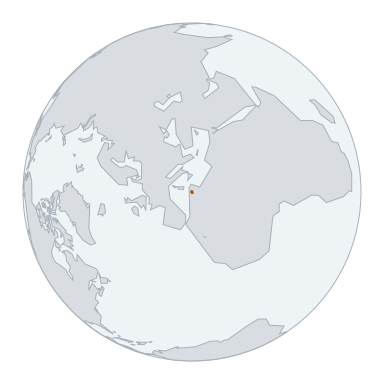 globe centered on Souk Ahras, rotated 279°
{"feature_id": "DZA-2222", "entity_name": "Souk Ahras", "entity_type": "Province", "adm_level": 1, "iso_a3": "DZA", "parent_name": "Algeria", "parent_adm1": "", "projection": "orthographic", "projection_center": [7.905, 36.161], "detail": "fine", "context": "on_globe", "style": "filled", "palette": "amber", "viewbox_px": 384, "rotation_deg": 279, "n_neighbors": 0, "source": "natural_earth", "source_scale": "10m", "svg_char_len": 10292}
<svg xmlns="http://www.w3.org/2000/svg" viewBox="0 0 384 384"><g transform="rotate(279 192 192)"><circle cx="192" cy="192" r="169" fill="#eef3f6" stroke="#a8b0b8"/><path d="M100.3,50.1L109.1,45.3L104.5,48.0L108.0,46.4L113.9,43.1L117.0,41.5L137.0,34.7L157.3,28.9L161.8,27.0L162.3,27.8L169.7,24.7L179.5,23.5L169.5,25.1L169.3,25.5L176.6,24.4L177.9,24.7L182.2,24.5L183.2,25.1L177.3,26.4L177.9,26.9L182.9,26.3L187.2,26.7L179.6,27.6L186.2,28.6L177.6,32.0L156.6,35.5L152.8,39.5L134.0,48.8L136.8,49.0L131.4,53.3L132.6,55.2L128.7,56.8L133.0,57.1L136.3,55.3L139.2,54.9L140.2,56.1L135.5,58.1L134.3,57.9L133.5,59.1L130.7,59.7L132.6,60.1L126.8,62.7L134.0,61.9L130.5,65.5L126.3,66.8L124.9,64.3L111.7,62.6L106.9,63.9L101.6,67.9L95.4,79.9L91.0,82.6L86.2,88.1L89.5,87.4L94.4,83.0L99.3,83.5L104.7,78.5L107.4,78.2L113.7,74.4L114.6,77.7L112.2,83.1L107.0,86.5L105.8,89.2L112.3,88.3L104.2,97.6L101.4,109.1L99.1,111.5L91.9,111.1L87.9,104.4L78.5,105.5L86.5,107.8L80.6,114.4L80.5,116.9L81.9,118.5L84.9,117.2L83.2,120.3L74.7,118.8L76.0,116.0L78.7,116.3L76.9,113.5L71.1,113.3L68.5,117.0L62.5,114.0L60.6,116.8L58.2,118.0L61.6,113.6L55.4,121.7L47.9,122.0L39.2,136.6L45.6,121.5L46.7,116.5L47.2,112.2L45.7,114.5L48.3,106.7L47.3,105.9L41.7,114.9L36.7,125.5L34.2,132.6L35.9,129.9L35.4,133.9L30.6,143.2L29.0,153.9L26.3,162.8L25.1,170.5L25.6,173.5L25.7,180.5L27.5,178.0L29.7,180.1L27.9,188.3L30.5,183.8L30.8,190.6L36.2,200.5L35.3,201.5L39.6,219.6L47.2,232.9L49.0,240.9L47.8,243.4L51.1,247.5L51.2,250.0L66.8,265.6L77.0,277.4L78.1,285.3L72.5,289.6L74.0,303.8L65.6,300.6L68.0,305.4L68.9,307.8L60.4,298.0L52.7,287.6L45.8,276.7L39.7,265.2L34.6,253.3L30.3,241.1L27.0,228.5L24.7,215.8L23.4,202.9L23.4,202.4L23.1,196.5L24.1,191.5L25.2,179.0L25.3,175.2L24.4,176.9L25.9,162.4L28.3,151.5L32.5,136.4L37.0,124.8L42.3,113.6L48.5,102.8L55.4,92.5L63.1,82.8L71.4,73.6L80.5,65.1L90.1,57.2L100.3,50.1ZM36.6,140.8L35.0,157.6L33.5,152.8L34.3,152.6L35.2,147.2L36.1,140.0L35.4,136.5L36.6,140.8ZM41.3,137.6L41.4,135.4L41.7,137.0L41.3,137.6ZM118.1,40.8L113.9,43.1L108.1,46.1L111.4,44.1L118.1,40.8ZM129.5,36.1L127.9,36.9L124.1,38.0L126.2,37.2L129.5,36.1ZM164.8,25.8L161.1,26.6L164.2,25.8L164.8,25.8ZM182.6,24.4L183.2,24.2L185.2,24.2L182.6,24.4ZM112.8,73.0L113.2,73.7L111.8,74.0L112.8,73.0ZM115.0,70.7L113.1,70.6L113.9,69.5L115.1,69.6L115.0,70.7ZM188.6,25.2L191.5,25.6L187.5,25.4L188.6,25.2ZM117.3,71.2L115.6,67.7L117.0,65.9L122.7,64.9L117.3,71.2ZM192.6,25.9L199.9,27.2L201.8,26.6L200.3,29.2L194.7,27.1L189.4,26.8L192.5,26.5L192.6,25.9ZM136.9,54.3L133.4,56.2L135.4,53.6L136.9,54.3ZM137.4,52.8L139.1,46.1L144.7,44.1L143.0,46.6L149.5,43.5L151.4,45.7L148.2,47.9L144.2,48.7L148.0,49.0L137.4,52.8ZM198.4,30.7L199.2,31.3L197.2,30.9L198.4,30.7ZM140.6,54.6L140.4,53.3L145.2,51.4L146.4,53.7L144.5,53.5L140.6,54.6ZM150.3,41.7L154.1,40.9L156.6,42.4L158.5,42.3L151.9,45.6L150.3,41.7ZM143.9,54.5L146.9,54.9L145.5,56.9L141.0,55.8L143.9,54.5ZM146.0,50.0L148.4,49.3L147.4,50.4L146.0,50.0ZM142.4,64.7L142.1,62.9L144.6,61.7L142.4,64.7ZM148.1,55.0L148.6,54.3L149.5,53.7L151.2,54.4L148.1,55.0ZM154.1,46.6L154.4,47.5L157.0,45.3L159.0,46.6L154.2,48.6L157.1,48.3L157.8,48.7L153.2,49.9L154.1,46.6ZM155.7,53.4L150.3,56.8L150.3,60.2L148.1,61.3L148.5,55.7L155.7,53.4ZM154.6,51.2L154.8,52.8L151.9,53.2L150.1,52.4L154.6,51.2ZM162.1,46.8L160.2,44.3L161.3,44.0L162.1,46.8ZM156.2,54.3L157.5,53.4L156.6,54.5L156.2,54.3ZM160.9,48.9L160.1,48.0L161.4,47.7L160.9,48.9ZM160.7,52.7L159.0,53.7L157.7,53.1L160.7,52.7ZM161.3,50.9L163.2,50.6L158.3,52.3L160.7,50.5L161.3,50.9ZM162.2,48.7L162.7,48.2L162.4,49.2L162.2,48.7ZM166.7,54.5L160.8,56.7L157.9,55.4L164.1,53.3L166.7,54.5ZM311.0,72.1L314.4,75.6L310.2,71.5L310.7,72.4L307.6,69.7L312.9,75.8L308.8,72.3L314.9,79.2L317.2,80.7L314.1,76.3L321.1,84.3L323.3,85.8L327.3,90.8L334.2,100.7L340.3,111.1L345.4,121.5L346.6,124.3L346.3,124.5L349.5,132.9L352.7,139.7L357.2,156.7L357.1,156.2L356.2,156.7L358.7,167.8L359.5,169.8L360.3,177.0L359.8,172.9L359.4,172.8L357.6,163.5L353.6,153.5L354.0,160.5L352.2,155.3L346.8,149.6L346.4,159.6L346.9,183.6L350.0,197.9L348.9,207.5L339.9,194.0L334.3,182.0L332.1,186.3L322.1,180.5L307.7,191.1L304.8,188.5L302.3,192.3L295.0,192.1L290.2,187.3L286.2,189.9L299.0,202.1L303.1,199.3L305.3,190.6L308.2,195.7L315.0,197.1L310.7,216.1L287.9,241.3L284.2,231.1L259.1,206.4L259.0,202.5L258.8,202.1L258.4,201.5L257.6,208.1L252.8,202.8L267.9,221.8L271.0,230.6L287.6,242.1L286.4,244.4L291.3,245.9L305.1,234.7L305.5,238.3L299.9,258.3L279.5,288.0L281.4,300.0L278.5,310.9L263.9,321.8L263.3,328.4L255.5,332.8L253.8,336.5L246.5,341.6L235.0,346.9L217.4,349.7L217.8,347.1L211.1,342.2L202.5,326.4L208.5,317.5L207.5,310.5L194.6,294.3L197.6,284.2L193.7,280.0L186.1,281.2L181.5,276.0L176.7,275.8L145.9,277.3L135.7,268.9L121.6,244.3L126.5,236.1L126.0,225.1L159.2,190.8L167.8,193.7L195.8,188.5L199.5,189.7L198.0,198.9L220.3,207.7L225.5,199.4L244.0,201.9L255.2,198.7L256.2,181.0L237.8,185.8L232.9,178.4L246.3,167.5L262.1,163.7L260.7,160.7L249.3,156.7L251.4,149.7L245.1,154.8L248.8,157.2L244.9,160.7L241.4,158.7L242.3,156.2L237.1,156.1L234.1,168.8L237.5,172.6L224.8,177.4L229.2,184.5L226.2,188.7L217.7,178.4L217.4,174.1L202.8,163.6L201.9,168.5L215.7,178.9L212.0,178.5L211.0,185.8L208.9,179.9L194.1,167.9L181.7,171.4L168.3,189.3L160.6,190.5L152.9,186.5L155.3,168.5L172.4,168.0L173.4,162.2L167.9,153.8L173.5,154.6L173.4,151.3L179.6,150.8L186.3,142.7L192.4,141.6L193.0,131.6L196.2,129.8L194.9,136.1L197.3,140.1L212.0,137.8L214.3,135.4L213.5,129.2L217.7,129.7L215.0,124.1L222.5,120.3L211.2,120.4L210.0,114.0L213.4,108.3L210.9,106.3L205.4,115.7L205.0,119.5L207.9,122.6L205.1,133.8L200.4,136.2L195.7,125.1L188.6,127.5L188.0,118.4L203.4,97.7L210.9,93.0L227.4,98.0L226.9,102.3L220.6,102.5L228.2,107.9L226.7,104.8L230.2,105.4L229.9,99.8L232.3,100.0L227.9,94.7L230.8,94.3L233.6,97.7L235.7,89.8L241.3,88.0L240.6,86.2L238.3,84.8L246.9,83.7L246.0,82.5L242.8,82.3L239.0,79.8L235.5,75.2L238.7,75.0L240.4,76.7L248.7,80.2L252.7,85.0L253.6,84.5L250.9,80.4L240.8,76.0L237.8,73.3L242.8,74.7L240.7,74.0L240.3,72.6L242.8,71.3L237.4,69.5L227.8,56.3L231.7,52.9L237.1,55.3L233.8,47.5L238.4,45.1L235.5,44.9L231.9,41.5L230.4,42.1L228.7,41.8L218.8,34.5L218.9,33.1L211.3,30.5L209.8,30.5L209.3,31.4L200.3,29.2L201.8,26.6L205.2,26.7L203.8,25.4L211.7,26.1L217.6,26.3L227.0,28.4L230.8,28.8L229.8,28.3L234.3,28.8L246.9,32.3L241.1,31.6L223.0,28.8L230.7,29.8L230.3,30.4L233.8,31.4L239.2,32.4L239.0,31.9L254.2,39.2L269.7,45.8L265.5,42.3L267.1,42.2L281.0,48.8L304.9,66.9L307.3,68.5L309.8,70.9L311.0,72.1ZM149.8,209.9L149.3,213.3L149.8,209.9ZM280.4,168.2L288.8,164.7L282.4,156.0L285.1,154.1L281.9,152.0L281.8,155.4L273.6,149.4L276.3,144.6L273.9,140.6L270.9,141.6L267.3,151.5L279.1,160.0L278.3,165.2L280.4,168.2ZM36.4,200.7L36.9,203.5L35.8,201.9L36.4,200.7ZM32.1,155.2L32.3,157.5L32.1,159.8L31.6,158.6L32.1,155.2ZM37.2,173.1L38.1,176.2L36.7,174.4L37.2,173.1ZM35.1,160.0L36.5,171.0L33.7,168.4L33.0,161.6L34.2,164.3L35.1,160.0ZM38.7,141.1L38.5,143.0L37.7,144.0L38.7,141.1ZM41.5,138.9L41.4,138.5L41.9,136.7L41.5,138.9ZM81.1,114.4L81.8,114.6L82.7,116.7L81.1,116.7L81.1,114.4ZM93.5,121.1L90.6,126.0L91.6,122.3L88.8,123.0L87.5,116.6L97.9,112.4L93.4,115.3L93.5,121.1ZM88.6,107.3L88.2,111.5L88.2,107.1L88.6,107.3ZM166.2,135.0L169.0,137.1L167.6,140.9L159.9,143.4L161.9,137.8L166.2,135.0ZM173.3,139.2L170.7,128.1L175.4,126.5L173.2,129.2L176.5,129.2L173.9,133.7L180.9,143.4L180.1,147.5L166.4,149.3L171.3,146.3L168.3,144.3L173.3,139.2ZM155.8,106.4L154.8,102.6L166.3,103.8L165.9,107.3L158.3,109.7L154.2,107.1L155.8,106.4ZM127.7,70.6L126.5,69.8L127.8,69.1L129.9,69.3L127.7,70.6ZM142.0,63.9L134.0,73.7L132.3,73.2L129.7,80.1L124.2,81.5L126.0,76.9L119.8,83.4L119.3,79.8L115.6,84.5L120.3,74.1L119.6,71.4L122.5,73.8L127.6,72.5L129.6,71.1L134.8,65.5L135.7,59.6L141.0,57.8L144.4,58.1L145.0,59.2L141.4,60.0L144.7,60.9L140.0,62.9L142.0,63.9ZM181.7,67.8L177.3,67.2L183.2,71.3L178.5,72.6L179.5,73.0L176.7,75.4L175.1,79.2L172.7,79.3L173.1,80.8L171.3,82.6L171.0,84.7L166.7,85.8L166.0,88.5L164.3,87.5L164.3,92.0L162.3,89.2L159.8,91.5L163.1,93.0L140.1,95.8L132.0,99.8L126.3,104.8L123.7,99.9L127.3,92.2L134.2,84.5L142.4,81.6L139.7,80.1L142.9,78.4L143.7,80.3L144.3,76.4L147.1,75.6L153.3,69.9L152.4,65.2L154.7,63.2L156.4,64.6L157.4,61.7L162.2,63.1L163.9,61.8L170.3,62.0L172.6,65.8L174.3,64.1L179.2,64.5L181.7,67.8ZM168.5,54.6L172.4,58.4L171.7,61.1L160.8,59.6L158.6,60.6L151.6,60.2L152.8,56.4L154.7,56.8L156.8,56.4L155.6,57.7L158.1,56.3L160.8,57.0L163.5,56.1L164.0,57.5L168.5,54.6ZM202.8,185.9L205.5,186.1L209.6,185.2L209.0,190.0L202.8,185.9ZM192.6,177.9L194.9,177.1L196.0,183.1L193.2,183.1L192.6,177.9ZM195.2,171.8L194.9,176.6L193.4,174.1L195.2,171.8ZM197.0,135.2L199.3,134.2L200.0,135.5L199.1,137.8L197.0,135.2ZM198.2,81.6L195.8,80.6L196.2,79.7L193.3,75.7L196.6,74.6L199.6,76.7L198.2,81.6ZM253.6,184.8L251.0,189.0L249.0,187.9L250.3,186.6L253.6,184.8ZM229.3,190.3L235.4,191.3L229.1,191.6L229.3,190.3ZM201.2,79.8L199.7,78.2L202.3,78.7L201.2,79.8ZM198.8,73.7L201.7,73.9L196.7,74.1L198.8,73.7ZM302.3,298.7L288.8,319.6L282.3,322.6L282.6,318.6L288.6,307.0L296.7,300.5L301.0,293.7L302.3,298.7ZM360.9,188.4L360.0,183.5L360.2,180.3L360.6,180.7L360.9,188.4ZM350.6,198.7L353.2,204.4L352.2,207.7L350.6,198.7ZM348.3,128.0L349.4,131.1L348.6,129.3L346.7,124.3L348.3,128.0ZM226.9,71.3L227.3,77.8L229.7,82.4L234.5,84.6L227.9,84.6L224.2,77.5L226.9,71.3ZM227.3,58.1L223.2,56.6L224.8,55.7L226.0,55.9L227.3,58.1ZM224.9,58.3L220.2,59.5L217.7,57.7L222.0,57.0L224.9,58.3ZM210.8,69.0L210.7,71.0L208.6,70.5L210.8,69.0ZM283.1,49.7L277.0,46.1L274.7,44.7L283.1,49.7ZM273.9,44.3L275.2,45.1L264.9,41.4L261.9,40.2L268.0,41.4L269.5,42.4L272.6,43.8L273.9,44.3ZM200.7,31.1L199.4,31.3L199.6,30.7L200.7,31.1ZM228.0,42.2L225.7,41.7L226.1,40.8L228.0,42.2ZM219.7,39.8L220.8,41.1L218.3,39.7L219.7,39.8ZM223.6,44.2L220.6,41.7L225.4,44.1L223.6,44.2Z" fill="#d9dde1" stroke="#a8b0b8" stroke-width="1"/><path d="M193.1,191.4L193.0,191.8L192.9,191.9L193.0,191.9L193.0,192.0L192.9,192.1L192.9,192.4L192.9,192.5L192.7,192.5L192.4,192.5L192.2,192.6L192.0,192.8L191.9,192.9L191.7,192.7L191.5,192.8L191.4,192.9L191.4,193.0L191.2,193.0L191.2,192.9L191.0,192.7L190.9,192.7L190.7,192.5L190.6,192.2L190.8,192.0L190.8,191.9L191.0,191.9L191.4,191.7L191.6,191.6L191.8,191.6L191.8,191.4L191.7,191.2L191.8,191.2L192.2,191.0L192.2,191.3L192.3,191.3L192.4,191.2L192.5,191.2L192.9,191.1L193.0,191.1L193.1,191.3L193.1,191.4Z" fill="#f59e0b" stroke="#b45309" stroke-width="1.5"/></g></svg>